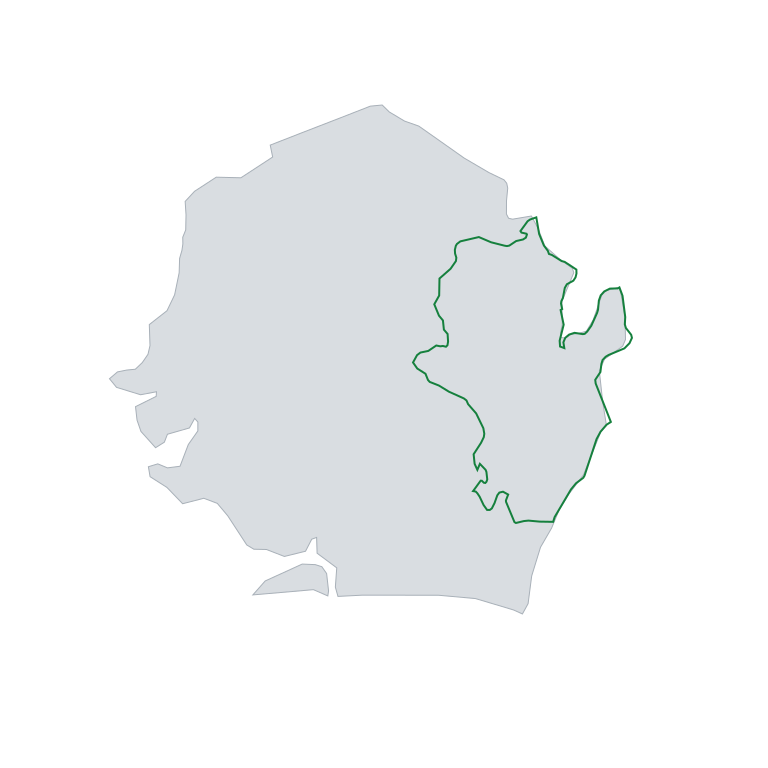 where Eastern sits in Sierra Leone, rotated 339°
{"feature_id": "SLE-790", "entity_name": "Eastern", "entity_type": "Province", "adm_level": 1, "iso_a3": "SLE", "parent_name": "Sierra Leone", "parent_adm1": "", "projection": "albers", "projection_center": [-11.073, 8.208], "detail": "medium", "context": "in_parent", "style": "outline", "palette": "green", "viewbox_px": 768, "rotation_deg": 339, "n_neighbors": 0, "source": "natural_earth", "source_scale": "10m", "svg_char_len": 3541}
<svg xmlns="http://www.w3.org/2000/svg" viewBox="0 0 768 768"><g transform="rotate(339 384 384)"><path d="M638.3,378.1L637.8,383.4L633.0,408.0L625.4,429.0L620.4,434.2L598.8,439.8L589.7,449.0L581.8,478.9L576.8,502.4L569.3,506.3L537.7,540.3L517.0,553.1L502.5,564.2L488.8,578.6L471.6,592.5L453.1,616.1L439.8,640.7L430.8,648.3L424.0,641.4L392.5,617.1L359.3,600.8L288.5,573.5L264.9,565.8L265.8,556.2L274.0,538.7L260.9,518.0L266.1,503.1L260.9,503.0L250.8,512.0L229.2,509.3L215.0,496.4L203.3,491.6L198.2,485.1L190.9,451.1L185.6,435.7L174.8,426.1L153.1,423.6L144.3,402.8L132.4,386.7L134.4,376.8L144.2,377.5L151.8,384.7L164.1,387.7L179.6,370.4L193.4,361.1L196.6,352.8L194.9,348.3L186.6,355.3L163.8,353.3L158.1,359.6L147.9,361.6L140.1,341.2L140.5,329.2L143.9,316.1L166.9,313.9L168.8,309.7L152.9,306.8L133.1,291.3L129.6,280.7L139.5,277.2L148.9,278.8L157.1,281.1L166.0,277.4L174.3,271.7L179.3,264.3L186.2,244.4L207.7,237.8L220.5,225.7L232.6,206.8L238.2,193.5L243.2,186.9L246.4,181.2L248.7,174.9L254.1,169.1L259.8,155.1L263.8,142.3L276.2,136.2L301.5,130.8L324.3,140.2L361.4,132.2L363.4,120.2L397.2,120.0L437.4,119.9L470.8,119.7L482.3,122.9L486.4,131.9L497.4,145.9L508.9,155.7L523.2,177.0L539.8,201.8L557.7,224.2L569.2,236.4L570.5,240.6L569.7,245.5L564.0,256.9L559.2,269.2L559.7,273.9L563.1,276.2L581.8,280.0L583.6,293.8L583.6,312.8L592.8,330.5L601.4,343.6L601.0,348.2L579.8,370.5L571.6,392.7L567.4,398.9L565.7,403.9L570.0,406.2L575.8,404.7L584.0,406.6L591.9,407.2L602.2,399.2L619.4,378.9L625.3,376.4L638.3,378.1ZM258.1,557.3L255.6,561.7L244.4,550.7L186.0,533.9L202.5,525.3L243.1,522.8L255.1,528.0L260.5,532.3L262.5,540.4L258.1,557.3Z" fill="#d9dde1" stroke="#a8b0b8" stroke-width="1"/><path d="M585.9,283.0L582.6,299.5L582.9,312.0L584.7,318.5L584.6,321.7L586.9,323.6L593.9,332.9L596.4,334.7L604.6,346.1L603.3,349.8L601.0,353.1L597.8,355.4L590.5,356.4L587.2,359.1L581.9,367.7L579.3,370.2L578.1,372.3L577.2,377.9L575.4,378.2L573.0,393.0L563.5,406.5L561.8,412.1L565.2,415.1L566.4,409.4L569.8,405.8L574.6,404.2L580.2,404.5L587.5,408.7L589.3,409.1L592.4,407.9L598.4,403.9L608.3,394.1L610.4,391.4L614.5,383.1L618.1,378.9L622.8,376.5L629.1,375.9L636.5,378.5L638.4,378.2L638.3,387.1L633.2,408.0L630.2,414.6L629.9,418.4L632.4,426.6L632.0,429.8L627.8,433.9L621.2,436.9L604.1,437.4L600.7,438.0L596.7,439.9L594.2,443.1L590.3,450.4L582.7,455.8L581.8,459.4L582.2,500.7L577.1,501.8L569.1,506.1L562.7,511.6L538.3,541.5L536.4,543.0L527.7,545.5L520.8,549.4L495.6,569.4L492.5,573.3L480.1,568.3L469.9,563.3L465.5,562.1L457.3,561.0L456.3,559.7L455.7,537.7L456.1,536.4L460.3,531.7L456.5,527.2L452.8,526.7L449.9,528.5L444.5,534.8L440.1,538.8L437.6,539.5L435.1,538.5L433.6,532.7L432.9,523.5L432.0,519.5L431.1,517.3L428.8,515.9L439.6,508.9L440.7,509.4L441.8,511.9L443.1,512.7L444.6,512.0L446.2,510.1L448.1,502.8L448.1,500.6L444.9,492.9L440.4,497.6L440.0,491.0L442.5,481.7L453.5,473.7L458.1,469.4L459.8,466.4L460.9,460.9L459.5,444.5L455.3,433.0L455.1,428.9L453.4,426.1L441.9,414.5L434.7,405.1L427.4,398.4L426.5,396.0L426.4,389.3L420.6,381.5L418.8,374.3L425.2,368.9L429.3,367.7L437.2,369.0L446.6,366.8L450.1,369.0L452.6,369.6L455.2,371.4L457.1,370.6L459.0,367.4L461.3,360.1L459.4,354.7L461.8,345.8L459.8,339.9L459.5,327.6L467.2,321.2L473.6,305.4L487.4,300.3L495.2,295.0L496.8,292.0L497.1,287.7L498.2,284.2L500.6,280.7L502.3,279.4L506.4,278.2L525.2,280.8L534.8,290.1L546.0,298.0L548.2,299.3L550.6,299.7L558.6,297.9L565.6,298.9L568.9,298.2L571.0,295.7L570.9,294.8L566.6,291.9L566.2,290.1L576.4,283.5L579.3,282.8L585.9,283.0Z" fill="none" stroke="#15803d" stroke-width="2"/></g></svg>